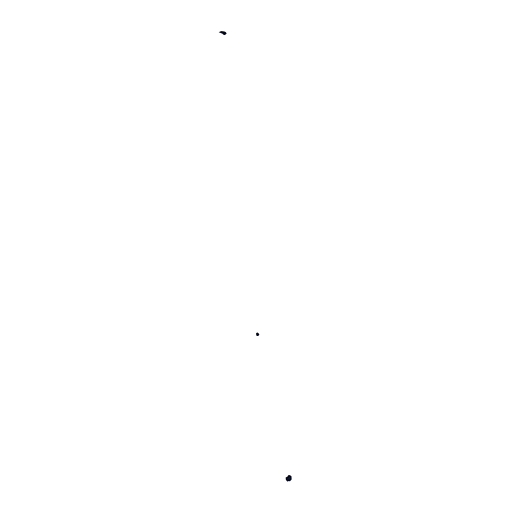 the border of Federated States of Micronesia, rotated 73°
{"feature_id": "FSM", "entity_name": "Federated States of Micronesia", "entity_type": "country or territory", "adm_level": 0, "iso_a3": "FSM", "parent_name": "Oceania", "parent_adm1": "", "projection": "natural_earth1", "projection_center": [151.803, 7.435], "detail": "fine", "context": "isolated", "style": "filled", "palette": "ink", "viewbox_px": 512, "rotation_deg": 73, "n_neighbors": 0, "source": "natural_earth", "source_scale": "50m", "svg_char_len": 570}
<svg xmlns="http://www.w3.org/2000/svg" viewBox="0 0 512 512"><g transform="rotate(73 256 256)"><path d="M480.1,291.5L478.8,292.1L477.2,291.8L476.7,289.7L475.9,289.1L476.1,288.1L477.2,287.3L479.6,287.9L480.5,289.4L480.0,290.4L480.1,291.5ZM33.3,222.3L31.6,224.4L31.5,223.7L32.0,222.5L32.7,221.0L33.4,220.2L34.2,219.9L34.8,221.1L34.1,222.1L33.3,222.3ZM332.2,277.8L332.0,278.1L330.7,278.0L330.5,277.8L330.6,277.6L331.3,277.5L331.3,277.0L331.0,276.9L331.3,276.7L331.8,276.6L332.1,276.9L332.3,277.4L332.2,277.8Z" fill="#0f172a" stroke="#020617" stroke-width="1.5"/></g></svg>